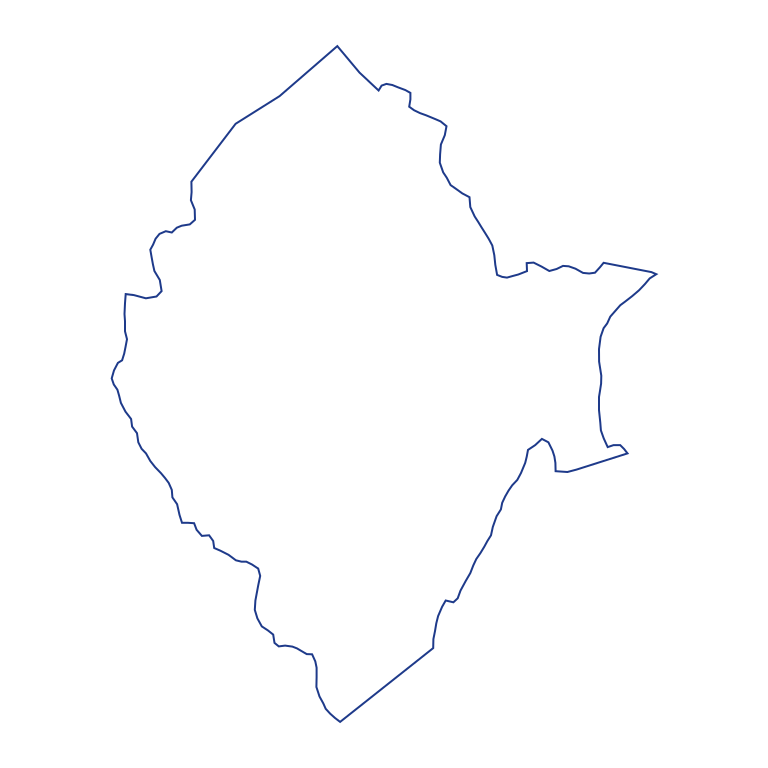 the district of Pintadas, Bahia, Brazil
{"feature_id": "56859067B59210103184230", "entity_name": "Pintadas", "entity_type": "district", "adm_level": 2, "iso_a3": "BRA", "parent_name": "Brazil", "parent_adm1": "Bahia", "projection": "equal_earth", "projection_center": [-39.885, -11.874], "detail": "fine", "context": "isolated", "style": "outline", "palette": "blue", "viewbox_px": 768, "rotation_deg": 0, "n_neighbors": 0, "source": "geoboundaries", "source_scale": "gbopen_adm2", "svg_char_len": 2768}
<svg xmlns="http://www.w3.org/2000/svg" viewBox="0 0 768 768"><path d="M254.8,609.9L257.4,618.4L261.8,626.4L267.9,630.4L273.2,634.6L274.5,642.9L278.8,646.4L285.1,645.6L292.4,646.6L297.0,648.4L301.4,651.0L306.7,654.1L312.1,654.3L315.3,661.4L316.6,667.7L316.6,677.2L316.4,687.0L319.5,696.5L323.3,703.4L325.7,708.8L330.2,713.7L334.9,717.9L340.1,721.9L433.2,648.1L433.4,639.1L435.0,631.1L436.3,623.3L438.1,616.1L442.1,606.8L445.7,600.5L453.4,602.3L457.7,598.3L460.5,590.6L465.7,581.0L470.3,573.1L473.3,565.4L476.3,559.0L480.4,553.1L484.3,546.7L487.4,541.0L491.0,535.3L492.8,527.0L496.6,516.2L500.9,509.4L502.2,502.8L505.2,496.4L508.6,490.5L512.2,485.3L517.3,479.9L521.0,473.0L525.2,462.9L526.7,456.8L528.0,449.9L535.2,445.1L541.9,438.9L548.4,442.3L552.5,450.6L554.4,456.5L555.4,462.9L555.6,471.2L567.4,472.0L576.5,469.6L627.5,453.4L624.1,449.0L620.2,445.1L613.6,445.1L607.7,447.1L603.7,438.3L600.9,430.4L600.3,422.7L599.0,410.1L599.0,397.0L600.0,390.8L601.1,383.6L601.3,375.7L599.1,361.6L599.0,349.1L600.6,336.8L603.6,328.2L607.2,323.4L610.3,316.6L616.7,309.3L620.3,305.2L624.6,302.0L632.1,296.2L639.0,290.3L644.9,284.1L649.7,278.4L656.3,274.2L651.4,272.1L603.6,262.8L600.0,267.2L595.0,272.7L589.2,273.5L583.0,272.9L575.5,268.7L568.7,266.3L563.0,265.9L556.6,269.0L549.3,271.0L541.6,266.6L533.6,262.6L526.7,263.1L527.0,271.1L518.3,274.5L512.7,276.0L507.0,277.6L502.2,276.9L497.1,274.9L495.3,264.8L494.3,255.2L492.3,245.5L488.7,238.8L485.3,233.3L481.5,227.3L478.2,221.9L474.7,216.5L470.3,207.1L469.5,197.2L462.3,193.4L456.9,189.5L450.6,185.1L446.8,177.8L443.2,172.4L439.8,162.7L440.1,154.4L440.9,144.5L444.8,135.2L446.5,126.2L440.6,121.4L436.0,119.4L431.2,117.4L426.1,115.3L420.0,113.1L414.0,110.2L409.2,106.7L410.4,99.4L410.4,92.9L405.2,90.0L398.2,87.4L392.3,85.0L386.4,83.9L381.6,85.6L378.6,90.5L359.5,72.6L337.3,46.1L279.6,96.1L235.6,123.8L191.4,181.7L191.6,192.1L190.9,200.2L194.7,209.5L195.0,219.8L189.8,224.4L181.7,225.7L176.8,227.7L171.8,232.5L165.8,231.2L159.5,233.9L155.6,238.7L153.1,244.6L150.3,249.7L151.6,257.1L152.9,264.2L154.4,271.0L159.8,280.0L161.6,291.1L156.5,296.5L145.9,298.3L133.9,295.1L125.7,294.1L125.0,303.2L124.5,314.0L125.0,321.3L125.0,331.3L127.0,339.2L125.5,347.1L124.2,353.6L122.1,360.3L117.9,362.9L114.0,370.4L111.7,378.4L113.8,384.5L117.4,389.7L119.1,395.6L120.9,402.9L125.5,411.7L131.1,419.0L132.1,426.6L137.0,433.2L138.3,442.3L141.6,448.8L146.0,453.4L150.3,461.0L155.1,467.1L161.0,473.2L165.1,478.1L168.7,482.9L171.8,489.9L172.4,497.4L177.1,504.2L179.5,514.9L182.0,522.8L187.9,522.8L194.1,523.2L196.6,529.8L201.9,535.9L209.1,535.3L213.2,541.0L214.2,548.0L220.4,550.7L228.5,554.8L235.9,560.3L241.6,561.7L246.4,561.7L252.0,564.5L258.2,568.6L260.2,575.9L258.2,585.5L255.4,600.5L254.8,609.9Z" fill="none" stroke="#1e3a8a" stroke-width="2"/></svg>